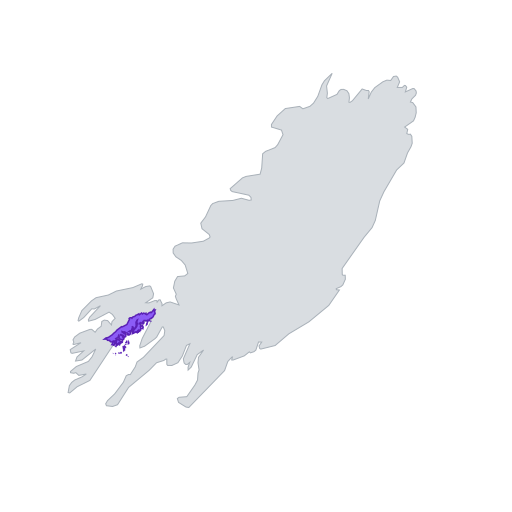 Reykhólahreppur, Vestfirðir, Iceland (highlighted), rotated 316°
{"feature_id": "244011B19971250001035", "entity_name": "Reykhólahreppur", "entity_type": "district", "adm_level": 2, "iso_a3": "ISL", "parent_name": "Iceland", "parent_adm1": "Vestfirðir", "projection": "robinson", "projection_center": [-22.458, 65.5], "detail": "fine", "context": "in_parent", "style": "filled", "palette": "violet", "viewbox_px": 512, "rotation_deg": 316, "n_neighbors": 0, "source": "geoboundaries", "source_scale": "gbopen_adm2", "svg_char_len": 9455}
<svg xmlns="http://www.w3.org/2000/svg" viewBox="0 0 512 512"><g transform="rotate(316 256 256)"><path d="M398.8,185.8L403.6,186.0L411.3,184.1L422.3,178.7L426.9,177.5L437.7,177.5L424.9,182.7L420.4,188.5L416.9,191.3L417.0,192.6L426.5,196.0L430.9,194.9L432.9,195.3L434.8,197.0L436.2,200.3L435.6,203.7L433.1,207.1L429.7,209.9L430.3,210.8L433.2,211.3L448.4,209.6L450.4,213.7L451.9,215.1L451.5,216.5L445.8,221.0L452.8,218.2L458.4,217.4L468.2,218.8L472.3,220.4L474.8,223.3L479.6,222.4L481.9,224.0L482.1,225.8L480.3,230.5L474.7,232.9L478.4,236.4L481.3,236.4L481.9,237.2L481.7,239.3L477.4,241.7L485.0,244.4L486.0,245.3L485.8,248.4L484.6,250.1L482.5,251.2L477.2,251.3L474.0,252.5L475.3,254.5L474.6,259.9L470.7,264.3L466.9,266.7L463.2,268.2L452.5,266.5L453.1,270.3L449.5,272.7L450.3,274.6L451.7,275.6L451.2,278.2L446.7,283.4L443.3,285.1L436.6,287.1L427.0,291.9L417.0,291.8L392.8,298.6L383.3,302.3L366.5,313.3L359.2,316.2L346.8,317.6L309.3,324.8L305.2,329.2L305.1,330.1L306.8,331.8L304.1,334.8L298.4,337.1L295.7,337.0L291.0,335.2L290.4,336.1L292.4,338.4L274.0,342.1L248.3,340.1L225.6,334.8L207.6,333.7L194.8,326.3L194.4,325.1L195.7,322.8L200.3,321.9L198.1,319.6L190.5,323.6L188.0,323.4L184.7,321.8L184.6,320.3L178.2,319.7L167.2,314.9L166.3,313.9L168.9,312.3L168.4,312.0L162.4,312.3L153.8,316.6L102.4,318.3L100.7,316.0L98.6,307.5L100.4,303.9L102.5,304.2L108.5,309.1L122.3,306.4L127.8,304.6L133.0,299.9L135.9,298.4L140.1,292.5L144.3,288.9L153.0,287.2L145.2,286.1L132.3,290.9L127.9,290.9L129.9,288.8L134.4,286.5L131.3,286.3L130.1,285.2L130.0,283.0L132.3,279.5L147.5,273.2L143.9,272.0L133.4,276.8L125.7,278.5L119.4,276.3L116.4,273.3L116.6,272.0L120.2,268.2L119.6,267.5L117.1,267.1L110.3,263.7L99.6,264.0L73.1,262.0L53.1,266.8L48.3,264.6L44.4,259.8L45.2,257.9L48.7,256.9L58.5,257.0L72.9,254.7L79.5,252.0L82.0,252.7L83.2,254.0L92.1,251.9L96.8,249.6L104.7,250.7L134.6,249.4L138.5,246.4L140.0,242.7L139.3,241.9L128.3,245.3L125.8,245.3L113.2,243.5L108.6,241.5L110.1,239.8L116.8,236.3L133.9,230.5L136.3,229.3L136.5,227.9L129.7,225.4L116.9,226.1L113.6,223.2L102.9,221.4L95.8,222.5L92.1,220.7L50.1,230.1L36.5,225.8L26.9,225.1L26.0,223.7L31.7,219.6L35.6,218.9L39.5,219.3L46.9,222.1L52.0,223.0L45.6,218.8L45.4,214.8L43.4,213.7L41.5,211.1L42.3,210.2L50.0,210.7L62.2,215.4L68.2,214.6L76.1,211.6L58.5,209.9L53.2,206.2L57.1,204.3L66.1,204.6L56.1,198.3L55.6,197.1L57.3,194.3L69.9,196.8L63.3,193.0L63.1,192.2L65.1,191.5L66.1,189.2L69.3,188.3L75.6,189.1L85.5,193.4L86.9,194.7L87.3,199.1L91.2,198.4L95.8,199.0L99.6,196.0L102.3,196.7L104.4,199.4L104.1,205.2L106.8,203.2L111.4,203.0L112.1,198.2L111.3,194.3L96.2,189.9L90.3,186.6L91.0,185.5L93.9,184.5L109.6,183.7L102.9,181.8L101.2,179.9L89.3,180.6L83.3,179.8L83.2,178.8L85.6,177.3L92.8,174.3L106.5,174.0L112.0,174.9L122.7,181.5L131.2,184.2L145.5,193.2L154.6,196.7L155.0,197.6L153.6,198.6L150.1,199.8L155.5,201.4L158.8,203.7L159.0,204.8L156.1,212.0L152.7,214.4L144.2,213.0L146.3,215.3L152.3,217.8L153.7,219.2L152.8,220.5L155.7,220.1L156.6,220.9L155.3,225.0L153.8,226.5L158.8,227.3L162.3,229.4L166.6,237.7L168.9,231.3L170.0,229.0L172.1,228.1L174.4,221.6L180.1,217.7L185.3,216.3L190.9,220.8L194.8,221.2L198.8,213.3L199.2,207.4L197.8,200.9L198.5,196.3L201.1,193.5L204.6,192.7L212.2,195.4L218.7,201.9L228.4,208.8L235.0,210.6L236.2,210.4L237.3,208.1L236.1,198.9L239.1,194.0L246.9,192.8L258.6,188.3L261.3,188.2L267.2,190.8L278.0,200.0L285.6,204.3L289.7,211.2L291.5,212.4L293.1,210.3L293.1,207.3L283.6,193.1L283.4,191.1L284.2,189.6L300.5,190.4L304.2,191.9L315.8,200.0L321.2,196.7L331.8,187.1L335.6,187.4L345.1,191.3L348.9,191.0L359.7,187.5L361.8,183.1L356.7,174.0L358.5,172.1L368.6,169.9L379.5,170.3L391.3,178.7L392.0,182.7L398.8,185.8Z" fill="#d9dde1" stroke="#a8b0b8" stroke-width="1"/><path d="M145.9,224.8L145.0,224.2L145.5,223.5L141.6,224.0L141.1,223.8L141.2,223.2L139.8,222.6L136.7,222.4L136.3,221.4L137.1,220.8L135.8,219.9L135.6,219.1L134.0,218.8L134.1,217.5L131.3,217.3L131.1,216.9L131.5,216.2L129.2,215.6L128.7,215.2L126.7,215.2L125.2,214.3L123.5,214.6L123.5,213.8L122.4,212.9L121.3,212.8L120.9,213.7L115.5,215.6L110.9,214.2L110.1,213.7L110.1,213.4L104.5,212.7L102.4,213.0L99.9,212.7L97.9,212.8L93.2,212.0L91.1,210.7L89.2,210.5L90.9,212.1L90.6,213.5L92.1,215.1L91.7,216.1L92.0,217.1L92.9,217.9L93.0,218.9L90.8,219.6L91.6,220.4L91.8,220.9L91.5,221.2L92.1,221.6L94.7,220.0L94.2,218.1L94.8,218.3L95.1,219.1L97.6,219.6L94.7,221.6L94.9,221.8L94.2,222.6L93.8,222.6L93.3,222.7L94.0,222.6L93.4,223.2L94.8,223.1L94.1,223.2L94.0,223.4L95.1,223.2L94.5,223.0L94.8,222.9L95.3,223.0L95.1,223.2L95.5,223.2L94.9,223.6L96.2,223.3L97.7,223.7L97.4,223.9L98.3,224.3L97.8,224.6L97.3,224.6L96.9,224.8L97.8,224.8L97.5,224.9L97.4,225.0L97.9,224.8L98.2,224.6L99.8,225.2L100.2,225.0L98.9,222.2L99.1,221.1L97.8,219.2L98.0,219.1L97.7,219.0L97.7,218.0L98.8,218.2L99.7,218.9L102.1,217.7L102.0,218.5L100.1,220.3L101.4,223.3L102.2,223.7L101.9,223.9L103.3,223.9L104.1,223.3L103.6,223.1L103.6,222.3L104.4,220.9L104.3,220.0L103.7,219.0L103.9,218.4L104.4,218.6L104.4,219.2L105.2,220.4L105.4,221.5L105.1,222.4L105.5,223.2L106.5,223.2L107.5,222.5L107.8,221.8L107.6,221.1L107.9,221.0L107.2,220.0L107.3,219.0L106.7,218.1L107.2,217.3L107.7,218.3L108.7,219.2L108.1,219.9L109.0,220.1L109.3,221.3L109.9,221.9L109.8,222.9L109.5,223.0L109.8,223.3L109.4,223.5L109.7,224.0L109.3,224.2L110.2,224.8L109.9,224.8L111.2,224.7L113.1,223.9L113.2,223.5L112.7,223.2L112.8,222.8L112.3,222.1L113.4,222.3L113.8,222.7L113.7,223.2L114.4,223.6L115.4,222.5L117.2,221.8L117.8,221.0L118.1,221.1L118.2,221.8L117.8,222.4L115.7,223.2L115.8,223.5L117.0,223.9L120.2,223.5L121.6,222.7L123.6,220.3L125.8,219.5L126.3,219.6L124.3,220.7L123.6,221.6L123.9,222.0L121.6,223.7L119.7,224.2L116.5,224.4L114.8,224.9L113.5,225.9L114.2,225.9L113.7,226.2L114.3,226.6L116.5,226.8L117.9,227.8L118.5,227.7L118.2,228.2L119.4,228.0L119.0,228.4L120.0,228.2L120.0,228.8L121.2,228.6L120.9,229.1L121.3,229.2L121.5,228.6L122.8,228.2L122.9,227.7L122.6,227.6L123.2,227.5L123.8,226.4L124.7,226.2L124.8,225.6L125.5,225.2L125.4,224.0L124.9,223.7L125.3,223.4L126.8,223.8L126.8,224.6L127.9,225.6L127.6,226.4L129.0,226.3L129.1,225.3L128.6,224.8L129.6,224.6L130.8,224.9L131.0,225.0L130.6,225.3L131.2,225.2L130.8,225.5L131.3,225.4L131.9,226.3L133.4,226.8L133.5,227.2L132.1,227.9L131.6,228.5L132.6,227.8L134.1,227.9L133.9,227.8L135.1,227.5L137.6,227.9L137.7,228.2L139.9,228.3L139.9,228.6L140.1,228.1L141.0,227.7L142.7,227.3L143.3,227.5L144.3,226.0L144.3,225.4L145.9,224.8ZM92.4,231.8L91.7,231.7L90.8,232.0L92.4,231.8ZM102.2,228.5L103.8,227.8L103.0,228.0L102.2,228.5ZM95.9,231.7L95.4,231.8L95.2,232.2L95.7,232.1L95.9,231.7ZM126.2,227.0L125.9,226.9L125.4,227.3L125.6,227.4L126.2,227.0ZM117.8,228.1L117.5,228.2L117.4,228.5L117.8,228.4L117.8,228.1ZM95.0,223.3L94.4,223.3L94.2,223.4L94.3,223.4L94.1,223.4L93.6,223.4L93.5,223.5L94.1,223.5L95.0,223.3ZM94.5,223.8L94.3,223.6L93.9,223.7L94.5,223.8ZM118.2,227.9L117.3,227.9L117.5,228.0L118.2,227.9ZM87.0,228.6L86.8,228.6L87.5,228.7L87.0,228.6ZM125.1,229.0L124.8,229.0L124.6,229.3L124.8,229.3L125.1,229.0ZM94.9,237.3L93.9,237.4L93.6,237.6L94.9,237.3ZM130.4,229.0L131.1,228.4L130.2,229.0L130.4,229.0ZM99.4,229.1L99.1,229.2L98.8,229.4L99.1,229.3L99.4,229.1ZM104.2,230.5L103.8,230.4L102.9,230.7L104.2,230.5ZM98.2,230.3L98.6,230.1L98.2,230.2L98.2,230.3L98.1,230.2L97.9,230.4L98.2,230.3ZM89.8,230.8L90.6,230.4L89.5,230.8L89.8,230.8ZM122.8,229.0L122.6,229.2L122.9,229.0L122.8,229.0ZM117.5,227.7L117.1,227.6L117.4,227.7L117.0,227.6L116.9,227.7L117.3,227.9L117.5,227.7ZM97.9,228.9L97.5,228.9L97.3,229.2L97.5,229.1L97.9,228.9ZM99.2,229.3L98.7,229.4L98.5,229.5L99.2,229.3ZM101.7,228.9L101.1,229.1L101.7,228.9ZM106.9,223.3L106.6,223.2L106.3,223.4L106.9,223.3ZM125.2,227.8L125.0,227.7L124.8,227.8L125.2,227.8ZM119.3,228.9L119.4,228.7L119.1,228.8L119.3,228.9ZM94.2,239.6L94.5,239.5L94.1,239.6L94.2,239.6ZM102.8,230.7L103.4,230.4L103.0,230.5L102.8,230.7ZM120.4,229.1L120.7,228.9L120.4,229.0L120.4,229.1ZM123.3,227.9L123.5,227.7L123.0,228.0L123.3,227.9ZM94.9,223.6L95.4,223.5L95.6,223.5L94.9,223.6L94.9,223.6ZM132.0,227.9L131.6,228.1L132.0,227.9ZM92.0,223.4L92.2,223.2L91.8,223.4L92.0,223.4ZM125.3,227.6L125.1,227.5L124.9,227.6L125.3,227.6ZM96.9,231.4L96.7,231.3L96.7,231.6L96.9,231.4ZM114.0,225.3L113.6,225.3L114.0,225.4L114.0,225.3ZM96.0,231.9L96.3,231.5L95.9,231.8L96.0,231.9ZM100.4,229.0L100.7,228.9L100.9,228.7L100.4,229.0ZM124.2,229.9L123.8,230.2L124.2,229.9ZM95.9,225.3L96.0,225.2L95.5,225.3L95.9,225.3ZM106.3,223.3L105.9,223.5L106.1,223.5L106.3,223.4L106.3,223.3ZM134.6,228.7L134.6,228.4L134.5,228.2L134.3,228.0L134.1,227.9L134.6,228.7ZM130.5,225.2L130.3,225.2L130.5,225.2ZM85.8,226.9L85.4,226.9L85.8,226.9ZM103.4,228.2L103.6,228.0L103.2,228.2L103.4,228.2ZM102.0,228.0L102.3,227.8L102.7,227.6L102.2,227.8L102.0,228.0ZM92.7,223.2L92.4,223.2L92.7,223.2ZM118.5,229.1L118.8,228.9L118.4,229.0L118.5,229.1ZM130.9,228.7L131.1,228.6L131.2,228.4L130.9,228.7ZM96.6,231.5L96.4,231.7L96.6,231.5ZM130.3,225.0L130.5,225.0L130.5,224.9L130.3,225.0ZM98.2,231.4L98.5,231.3L98.6,231.1L98.2,231.4ZM124.2,230.2L123.9,230.4L124.2,230.2ZM104.3,229.9L104.4,229.7L104.1,229.9L104.3,229.9ZM98.4,230.0L98.3,229.9L98.2,230.0L98.4,230.0ZM122.9,228.3L122.7,228.4L122.6,228.6L122.9,228.3ZM91.9,223.9L92.2,223.9L92.3,223.8L91.9,223.9ZM130.3,229.3L130.5,229.3L130.8,229.0L130.3,229.3ZM87.7,228.6L87.4,228.6L87.8,228.6L87.7,228.6ZM125.2,229.2L125.4,229.1L125.2,229.2ZM103.6,227.6L104.1,227.4L104.3,227.2L103.6,227.6ZM86.3,230.0L86.1,229.9L86.3,230.0ZM92.0,232.0L91.7,232.1L92.0,232.0Z" fill="#8b5cf6" stroke="#5b21b6" stroke-width="1.5"/></g></svg>